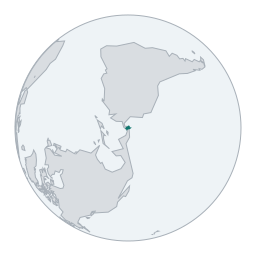 the Earth from above Veraguas, rotated 236°
{"feature_id": "PAN-1341", "entity_name": "Veraguas", "entity_type": "Province", "adm_level": 1, "iso_a3": "PAN", "parent_name": "Panama", "parent_adm1": "", "projection": "orthographic", "projection_center": [-81.249, 8.046], "detail": "fine", "context": "on_globe", "style": "filled", "palette": "teal", "viewbox_px": 256, "rotation_deg": 236, "n_neighbors": 0, "source": "natural_earth", "source_scale": "10m", "svg_char_len": 8242}
<svg xmlns="http://www.w3.org/2000/svg" viewBox="0 0 256 256"><g transform="rotate(236 128 128)"><circle cx="128" cy="128" r="113" fill="#eef3f6" stroke="#a8b0b8"/><path d="M134.0,127.4L131.3,126.3L128.7,129.6L119.5,124.2L116.1,117.6L87.5,106.8L84.5,103.5L84.5,98.0L75.1,80.4L79.1,96.9L75.4,93.6L72.5,87.7L74.2,86.3L72.4,77.9L69.2,74.7L69.3,64.6L76.4,52.5L77.4,54.4L78.9,51.6L77.8,49.2L76.7,48.4L80.6,38.3L78.0,33.7L73.6,34.9L77.4,32.9L66.6,37.5L62.9,38.3L69.3,35.8L71.6,34.5L70.2,34.1L72.3,32.6L72.8,31.7L75.5,30.2L79.0,29.2L80.8,28.3L79.7,28.1L81.7,26.7L83.0,27.1L86.6,24.8L93.2,23.6L94.7,27.2L100.5,26.5L107.9,30.4L109.4,29.2L113.2,30.5L116.4,29.7L116.8,31.0L119.0,29.3L117.9,28.3L118.5,27.3L120.3,26.9L121.2,28.3L120.4,28.8L121.6,29.0L121.3,30.0L122.5,29.2L123.4,31.3L125.1,28.7L128.0,29.8L127.9,31.4L124.5,31.9L115.7,38.0L114.5,40.4L116.3,42.8L126.8,45.5L127.0,48.0L129.6,50.9L131.2,49.0L129.6,46.1L133.1,43.6L130.8,40.8L131.9,39.5L130.9,36.5L134.7,36.4L139.0,37.9L140.0,40.4L142.0,41.3L144.0,38.6L148.8,43.4L157.0,47.1L157.8,48.7L154.1,51.7L146.5,52.0L141.6,57.3L148.5,53.4L150.5,57.9L152.4,58.6L154.5,58.3L155.2,56.5L156.6,58.1L150.3,62.2L148.9,60.7L150.9,59.4L147.4,59.7L143.1,63.1L144.5,65.5L136.7,69.2L137.5,71.0L136.3,73.0L135.5,69.8L136.8,75.9L127.9,83.3L129.5,94.8L123.8,86.0L119.3,85.1L113.9,85.5L114.0,87.3L106.7,86.1L100.2,90.2L98.2,99.4L101.0,106.4L109.2,106.6L111.5,102.6L117.4,101.6L113.5,112.5L123.9,113.8L123.1,122.0L126.1,126.1L131.2,124.9L136.6,126.8L140.2,121.9L146.1,119.2L146.5,125.8L149.6,119.6L153.0,122.7L164.7,121.9L163.9,123.4L173.7,130.7L184.1,133.5L186.4,138.1L185.3,141.1L188.7,141.7L188.8,143.7L202.2,145.4L208.7,149.5L208.2,156.2L202.2,164.5L195.6,180.8L184.5,186.8L180.9,193.2L170.8,202.6L164.3,202.3L165.3,206.4L160.9,209.2L156.4,209.5L155.0,212.5L151.6,212.7L153.3,214.5L147.0,218.3L147.8,221.2L143.0,224.1L143.6,225.7L142.1,225.7L140.3,226.3L139.8,227.2L135.6,225.8L135.3,222.1L137.5,220.2L135.6,219.9L140.3,214.7L137.9,215.8L140.0,207.8L144.2,200.9L148.4,180.3L146.3,176.1L138.0,171.4L128.0,155.6L130.9,148.9L128.6,145.8L136.1,136.2L134.0,127.4ZM25.3,95.8L26.1,93.3L26.2,95.0L25.3,95.8ZM26.3,91.7L26.1,92.6L26.2,91.9L26.3,91.7ZM26.1,91.2L26.2,91.6L26.0,91.4L26.1,91.2ZM25.8,90.8L26.0,90.9L25.9,91.0L25.8,90.8ZM129.1,98.7L141.0,104.0L134.5,104.9L135.7,103.8L132.6,101.6L127.0,99.6L121.2,101.0L129.1,98.7ZM25.7,89.4L25.7,89.0L26.0,88.8L25.7,89.4ZM134.0,92.2L132.0,91.8L134.0,91.7L134.0,92.2ZM75.8,48.4L77.6,49.4L77.8,52.2L76.1,51.5L75.8,48.4ZM75.6,43.7L77.1,43.5L75.1,46.1L74.9,45.4L75.6,43.7ZM69.9,36.4L71.0,36.6L69.2,36.9L69.9,36.4ZM72.4,31.9L71.5,32.4L72.2,31.7L72.4,31.9ZM128.8,36.9L129.8,36.7L129.5,37.3L128.8,36.9ZM127.4,35.9L126.3,36.7L125.5,36.4L126.2,35.9L127.4,35.9ZM76.8,28.9L78.2,27.9L77.4,28.7L76.8,28.9ZM129.0,35.0L124.2,35.7L122.8,35.1L124.3,32.8L129.0,35.0ZM79.5,27.2L82.8,25.2L80.9,25.9L88.0,23.0L82.9,25.5L82.2,26.3L81.2,26.4L79.5,27.2ZM116.8,28.2L118.0,29.2L115.4,28.9L116.8,28.2ZM115.0,28.2L106.1,29.1L105.3,27.6L108.4,27.5L106.0,26.1L109.9,24.9L112.2,25.4L111.9,26.6L113.6,25.3L115.0,28.2ZM91.4,21.9L92.8,21.4L92.0,21.8L91.4,21.9ZM118.5,26.9L116.8,27.1L116.0,25.8L119.2,25.2L118.5,25.8L118.5,26.9ZM103.4,26.5L103.4,25.5L106.5,24.2L106.9,23.7L110.0,24.8L103.4,26.5ZM119.6,25.8L120.9,24.9L123.0,25.2L120.2,26.7L119.6,25.8ZM114.4,25.7L114.1,25.1L115.3,25.2L114.4,25.7ZM130.9,26.1L128.9,26.1L128.2,25.4L130.9,26.1ZM121.3,24.6L120.6,24.5L120.1,24.3L121.4,23.7L121.3,24.6ZM112.0,23.9L113.3,23.7L110.9,23.4L113.2,22.6L114.8,23.5L115.1,22.8L115.8,22.6L116.3,23.6L112.0,23.9ZM121.3,22.6L124.1,23.8L128.1,23.8L128.7,24.4L122.3,24.4L121.3,22.6ZM118.3,23.1L120.3,22.9L120.1,23.6L118.7,24.2L118.3,23.1ZM114.2,21.8L110.3,22.8L110.1,22.6L114.2,21.8ZM122.5,22.4L121.8,22.2L122.8,22.4L122.5,22.4ZM116.8,21.8L115.4,22.1L115.2,21.8L116.8,21.8ZM121.5,21.5L122.4,21.8L121.4,22.2L121.5,21.5ZM119.4,21.5L119.4,21.1L120.5,22.1L118.8,21.7L119.4,21.5ZM116.8,21.5L116.2,21.5L117.4,21.4L116.8,21.5ZM124.7,20.1L126.3,21.3L124.2,22.0L122.9,20.7L124.7,20.1ZM142.4,228.7L135.8,226.3L139.6,227.4L142.9,226.0L146.2,227.8L142.4,228.7ZM151.9,224.9L155.3,223.9L155.9,224.3L153.7,225.1L151.9,224.9ZM208.7,49.4L206.4,47.3L208.7,49.6L211.2,52.0L214.0,55.2L213.6,54.8L208.5,50.0L209.9,53.0L216.7,63.8L216.4,65.6L213.9,64.9L206.2,55.5L207.7,52.5L205.0,49.6L200.4,46.6L201.2,46.2L199.5,44.7L199.6,43.7L195.5,39.5L195.0,38.4L189.2,34.4L188.1,33.4L191.8,36.0L194.1,37.4L192.3,35.5L191.7,35.1L200.5,41.8L208.7,49.4ZM181.5,28.9L181.8,29.0L177.5,26.9L173.4,24.9L172.2,24.4L178.9,27.7L181.4,29.0L183.3,30.0L190.3,34.3L191.9,35.6L185.2,31.7L186.6,33.3L180.8,30.0L166.2,22.3L162.3,20.7L162.9,20.9L172.4,24.5L181.5,28.9ZM90.4,21.8L89.3,22.2L89.6,22.1L91.6,21.4L88.0,23.0L80.9,25.9L80.6,25.9L76.4,28.0L76.4,27.9L90.4,21.8ZM240.4,120.6L240.2,118.8L240.2,120.5L239.6,117.0L239.3,117.5L235.6,124.1L232.8,120.1L225.6,106.4L225.1,99.6L222.2,92.8L216.4,66.1L218.4,66.2L217.5,60.2L218.0,60.5L221.6,65.6L222.7,67.0L226.8,74.0L230.5,81.2L233.6,88.8L236.2,96.5L238.1,104.4L239.6,112.5L240.4,120.6ZM222.1,78.3L223.2,80.4L222.1,78.3ZM165.1,121.8L166.5,123.0L164.7,123.1L165.1,121.8ZM133.7,107.6L136.1,107.7L137.4,108.7L135.6,109.1L133.7,107.6ZM154.1,107.1L156.9,107.5L154.0,108.2L154.1,107.1ZM142.8,104.7L151.9,107.0L146.4,109.1L140.6,107.8L144.5,107.1L142.8,104.7ZM133.1,95.9L134.6,96.4L134.2,97.6L133.1,95.9ZM135.5,92.1L134.9,92.3L134.1,91.3L135.5,92.1ZM150.9,57.6L151.4,57.4L153.6,57.4L152.7,58.2L150.9,57.6ZM162.4,53.7L164.5,56.4L162.4,54.9L161.6,56.3L156.1,55.1L158.0,49.4L158.1,52.1L162.4,53.7ZM149.3,52.3L152.5,53.4L148.9,52.5L149.3,52.3ZM189.8,39.0L191.3,39.4L193.3,41.2L193.9,43.5L191.0,40.8L189.8,39.0ZM192.9,39.7L186.1,35.7L185.4,34.4L186.9,35.8L187.2,35.3L189.7,37.4L195.7,40.4L197.9,42.2L197.9,44.9L196.7,42.9L195.3,42.5L192.9,39.7ZM169.9,30.9L167.0,30.0L169.3,28.2L171.8,29.3L172.6,31.4L170.2,31.4L169.9,30.9ZM132.5,31.0L131.3,31.4L131.0,30.9L131.9,30.2L132.5,31.0ZM130.0,26.2L137.9,29.2L136.8,29.7L142.7,31.3L142.2,33.3L138.4,32.1L142.4,35.0L138.8,34.8L141.8,36.7L133.4,33.9L130.3,34.0L133.9,33.0L134.5,31.1L133.8,30.4L129.5,28.4L123.1,28.2L122.6,26.5L124.0,25.5L125.5,25.3L125.3,26.3L127.4,25.3L128.3,26.7L130.0,26.2ZM140.4,18.4L139.6,18.9L143.9,18.6L144.8,19.4L145.3,19.3L147.3,20.1L150.6,21.0L150.5,21.3L151.8,21.5L153.1,22.2L154.9,22.6L155.3,23.6L157.5,24.3L156.5,24.4L160.1,25.4L157.6,25.1L159.2,26.1L160.8,25.9L159.0,31.5L160.1,34.6L162.5,37.5L157.9,37.0L152.7,34.2L148.0,30.6L147.5,27.9L145.6,28.4L144.7,27.3L146.7,27.4L143.2,26.6L143.1,25.8L138.9,23.7L134.0,23.5L132.3,22.8L134.2,22.5L131.2,22.1L133.6,21.2L132.4,20.8L133.6,19.6L137.8,19.5L136.2,19.1L137.0,18.4L140.4,18.4ZM125.1,19.8L129.9,19.1L132.8,19.3L129.6,21.3L130.3,21.8L128.3,23.5L124.2,23.2L125.2,22.7L125.1,22.2L126.4,22.5L125.3,21.9L126.6,21.3L126.1,20.7L127.8,20.6L125.1,19.8ZM217.7,59.9L216.4,58.3L216.4,58.2L216.0,57.7L217.7,59.9ZM213.1,55.0L212.7,54.4L215.3,57.3L215.3,57.6L213.1,55.0ZM210.4,51.8L212.5,54.2L211.4,53.0L210.4,51.8ZM191.3,35.4L190.7,34.9L191.5,35.4L192.8,36.3L191.3,35.4ZM153.4,18.9L152.5,18.9L151.8,18.7L148.2,18.2L147.3,17.8L149.0,17.9L153.4,18.9ZM151.8,18.3L150.4,18.1L150.8,18.1L151.8,18.3ZM146.4,17.4L146.7,17.7L146.4,17.4ZM141.4,16.2L143.2,16.4L142.9,16.5L141.4,16.2ZM92.1,21.6L92.7,21.5L91.4,21.9L92.1,21.6Z" fill="#d9dde1" stroke="#a8b0b8" stroke-width="1"/><path d="M128.1,126.5L128.3,126.5L128.5,126.4L128.8,126.3L128.8,126.5L129.0,126.6L129.0,126.8L128.9,127.0L129.0,127.2L129.0,127.4L129.1,127.5L129.0,127.8L128.9,127.9L128.8,128.0L128.7,128.2L128.6,128.3L128.6,128.5L128.9,128.9L129.0,129.0L129.1,129.3L129.2,129.5L129.3,129.5L129.0,129.6L128.9,129.6L128.7,129.6L128.7,129.4L128.6,129.2L128.6,128.9L128.4,128.8L128.4,128.7L128.5,128.7L128.4,128.7L128.4,128.4L128.2,128.4L128.2,128.5L128.1,128.8L127.9,128.8L127.7,128.7L127.4,128.6L127.3,128.4L127.3,128.2L127.2,128.2L127.3,128.0L127.3,127.8L127.4,127.7L127.5,127.6L127.5,127.4L127.5,127.2L127.5,126.9L127.6,127.0L127.8,127.0L128.0,127.1L128.1,126.9L128.1,126.7L128.1,126.5ZM127.2,129.3L127.3,129.3L127.2,129.4L126.9,129.3L126.8,129.2L126.9,128.9L127.0,128.8L127.1,129.0L127.1,129.3L127.2,129.3ZM128.2,129.0L128.2,128.9L128.3,128.9L128.4,129.0L128.2,129.0L128.2,129.0ZM126.9,129.5L127.0,129.5L126.9,129.6L126.9,129.5Z" fill="#14b8a6" stroke="#0f766e" stroke-width="1.5"/></g></svg>